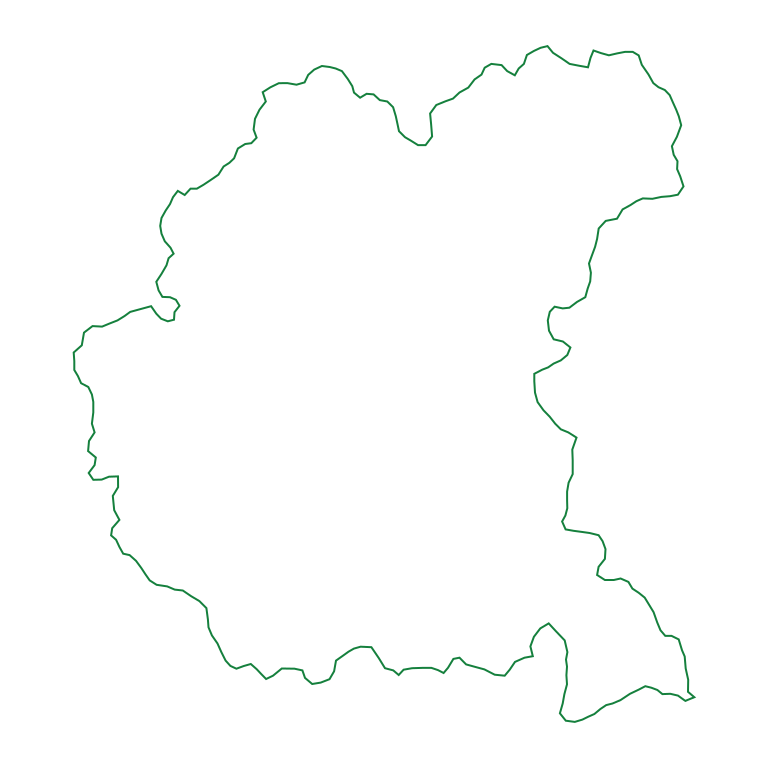 Frei Gaspar, Minas Gerais, Brazil
{"feature_id": "56859067B78041749577880", "entity_name": "Frei Gaspar", "entity_type": "district", "adm_level": 2, "iso_a3": "BRA", "parent_name": "Brazil", "parent_adm1": "Minas Gerais", "projection": "robinson", "projection_center": [-41.496, -18.141], "detail": "fine", "context": "isolated", "style": "outline", "palette": "green", "viewbox_px": 768, "rotation_deg": 0, "n_neighbors": 0, "source": "geoboundaries", "source_scale": "gbopen_adm2", "svg_char_len": 4098}
<svg xmlns="http://www.w3.org/2000/svg" viewBox="0 0 768 768"><path d="M677.9,194.7L683.5,186.4L680.2,176.3L677.1,169.1L677.5,161.2L673.7,154.8L671.9,146.2L676.9,136.8L681.2,125.2L678.8,116.3L676.2,109.7L672.9,102.4L669.7,95.1L664.8,90.0L658.5,87.2L653.3,83.1L648.5,74.5L641.8,64.8L638.7,55.4L632.8,51.9L624.9,51.9L617.1,53.4L608.9,55.3L601.0,53.1L593.5,50.5L590.5,57.9L588.0,67.3L579.4,65.8L569.6,63.9L561.2,58.1L553.0,52.8L547.5,46.1L540.6,47.8L534.0,50.9L526.9,55.0L523.9,63.9L518.7,68.5L514.8,75.3L507.2,71.1L501.6,65.1L491.3,63.9L484.7,67.7L481.5,74.6L474.6,79.4L468.3,87.6L459.5,92.5L453.0,98.6L445.7,101.2L436.3,105.0L430.1,113.5L431.1,124.1L432.1,136.5L425.6,145.1L418.0,145.1L410.8,140.6L405.0,137.2L399.0,131.2L397.5,124.1L395.8,116.2L393.1,107.2L387.3,101.5L379.8,100.1L373.6,94.4L366.6,93.8L360.1,97.7L354.0,92.6L352.3,86.2L347.8,79.0L341.9,71.1L335.7,68.5L329.7,67.0L321.9,66.0L314.2,69.6L308.2,74.9L304.6,82.4L296.5,84.7L287.3,83.1L278.8,83.2L270.4,87.3L262.7,92.2L265.8,101.5L259.5,109.7L255.0,118.8L253.6,129.6L256.6,137.7L251.3,143.2L245.2,144.0L237.9,148.5L234.1,158.3L229.4,162.8L223.6,166.5L218.4,174.7L210.1,180.4L203.3,184.9L196.8,188.7L190.5,188.7L184.7,195.0L177.8,190.9L173.0,197.2L170.0,204.1L165.7,210.5L161.5,218.0L160.2,225.9L161.5,233.7L164.8,241.3L170.5,247.7L173.6,253.7L168.6,258.2L166.5,265.3L161.5,273.9L156.3,281.8L158.6,290.4L162.4,296.9L170.0,297.2L175.9,299.8L179.5,305.8L174.5,312.2L174.0,319.7L167.8,321.3L161.1,318.7L156.3,313.7L151.1,306.2L138.6,309.6L130.2,311.9L124.6,316.0L117.5,320.4L109.6,323.5L102.1,326.6L92.5,326.1L84.0,332.6L81.8,345.3L73.7,352.5L74.3,361.1L74.3,370.0L77.9,376.0L81.1,383.2L88.3,387.0L91.9,394.5L93.3,401.9L93.3,412.5L91.9,423.7L94.6,432.4L89.0,441.0L88.1,451.1L95.8,457.5L94.6,465.1L88.7,473.0L93.3,479.8L101.7,479.6L109.0,476.7L118.0,476.4L118.1,487.2L112.8,495.9L114.2,510.2L119.4,519.9L112.2,528.2L111.1,535.4L116.1,539.8L119.4,546.9L123.2,553.7L129.6,555.1L136.0,560.8L141.3,568.0L145.5,574.4L149.7,580.4L156.6,584.8L167.2,586.4L174.7,589.6L182.8,590.5L191.0,596.1L199.4,601.1L206.4,608.1L207.9,619.4L208.5,627.3L211.9,635.4L217.5,643.5L221.3,652.0L225.6,660.6L230.4,665.9L236.4,668.7L243.8,666.0L250.8,664.0L256.7,669.2L261.1,673.9L266.1,679.0L273.0,675.7L281.8,668.5L294.5,668.7L302.4,670.4L305.0,677.9L312.2,684.0L320.7,682.6L329.5,679.2L334.1,671.3L336.0,660.6L343.5,655.3L348.5,651.7L353.9,648.6L360.6,646.7L371.4,647.2L378.8,658.1L385.0,668.2L393.3,670.4L398.7,675.0L403.6,669.7L412.1,668.2L421.7,667.9L431.5,667.9L438.0,670.1L443.6,673.0L448.0,667.8L453.4,658.9L459.5,657.7L466.1,664.4L475.9,667.1L484.4,669.4L494.7,674.7L504.7,675.7L509.7,669.7L515.0,661.9L524.5,657.7L532.8,656.2L530.4,646.4L533.9,636.8L540.3,628.4L548.7,623.4L556.0,631.3L564.7,640.4L567.4,652.1L566.0,659.6L567.0,666.6L566.4,675.2L567.0,684.3L564.4,694.1L562.7,703.5L559.9,713.3L565.8,720.7L574.8,721.9L582.4,719.6L588.3,716.7L594.4,714.0L600.4,709.0L606.2,705.1L612.5,703.5L620.5,700.1L630.0,693.8L638.8,689.6L645.3,686.2L651.3,687.7L657.4,690.0L662.4,694.1L670.3,693.8L678.0,695.6L685.3,700.9L694.3,697.2L688.0,691.8L688.2,679.8L685.7,668.5L684.7,656.5L682.0,650.2L678.7,639.4L671.6,635.9L665.3,635.9L660.5,630.3L657.2,622.4L653.6,612.2L648.8,604.3L644.7,597.6L638.6,592.7L632.4,588.6L628.4,581.9L620.6,578.5L613.8,580.0L604.9,580.0L597.1,575.0L598.6,566.8L604.9,558.9L605.5,549.1L602.6,541.2L598.6,535.2L589.6,533.0L581.7,531.9L573.5,530.8L565.6,529.4L562.1,521.5L565.4,515.5L567.3,508.2L567.1,500.4L567.1,491.6L568.6,482.7L572.7,474.1L572.7,460.5L572.3,449.6L576.5,437.6L568.3,432.4L560.8,429.3L555.2,423.7L549.7,416.7L543.5,410.3L537.6,402.1L535.0,392.6L534.3,381.3L534.3,373.8L542.2,369.7L548.1,367.4L553.6,363.6L560.8,360.4L567.3,355.0L570.4,347.5L562.9,341.5L553.7,339.3L549.0,330.7L547.8,320.4L549.8,311.8L554.6,306.7L562.7,308.4L569.4,307.7L576.9,302.0L585.3,297.2L587.7,288.5L590.2,281.4L590.9,272.7L589.0,263.5L591.9,255.5L595.1,246.8L597.1,238.9L598.7,228.5L605.7,220.9L617.0,218.7L622.6,209.4L630.4,205.1L636.4,201.2L642.8,198.4L652.4,198.8L661.4,196.9L670.0,196.2L677.9,194.7Z" fill="none" stroke="#15803d" stroke-width="2"/></svg>